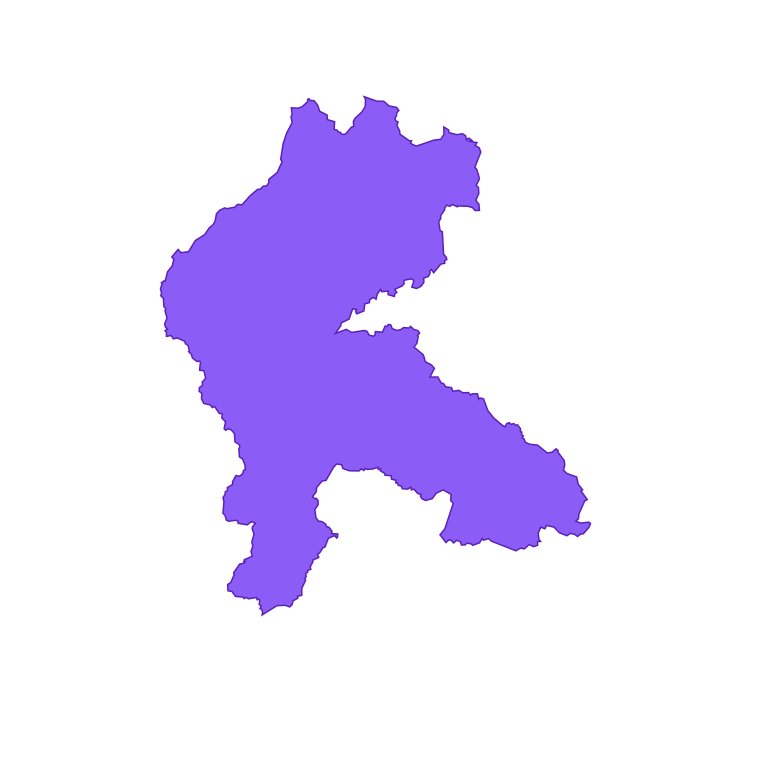 Chimaltitán, Jalisco, Mexico (Albers equal-area conic projection), rotated 204°
{"feature_id": "50627088B46127437383593", "entity_name": "Chimaltitán", "entity_type": "district", "adm_level": 2, "iso_a3": "MEX", "parent_name": "Mexico", "parent_adm1": "Jalisco", "projection": "albers", "projection_center": [-103.699, 21.741], "detail": "fine", "context": "isolated", "style": "filled", "palette": "violet", "viewbox_px": 768, "rotation_deg": 204, "n_neighbors": 0, "source": "geoboundaries", "source_scale": "gbopen_adm2", "svg_char_len": 6159}
<svg xmlns="http://www.w3.org/2000/svg" viewBox="0 0 768 768"><g transform="rotate(204 384 384)"><path d="M141.0,328.2L138.5,336.2L138.6,340.5L140.7,341.1L147.6,337.0L153.0,336.6L151.5,340.0L153.1,344.4L153.1,358.7L151.3,361.1L160.6,366.5L159.5,368.2L165.8,371.4L170.2,377.4L180.4,376.7L184.9,378.2L186.0,383.7L188.3,387.4L197.4,392.5L197.8,394.0L200.5,394.8L202.5,390.3L206.7,387.4L218.9,390.6L226.7,388.2L231.3,388.3L233.7,390.8L235.8,391.1L235.6,393.2L237.3,393.4L238.7,396.2L240.1,395.9L241.0,398.6L245.5,401.0L247.3,399.7L249.2,400.7L251.6,398.7L253.9,399.6L255.9,397.6L256.0,394.1L259.4,394.5L269.8,397.5L278.4,402.0L287.0,410.9L290.7,410.3L291.4,408.7L294.7,413.1L299.3,410.9L300.4,409.2L303.4,410.5L308.5,408.0L313.0,408.7L318.2,405.3L320.8,408.2L326.5,406.5L329.9,408.6L332.0,408.1L337.7,412.3L344.8,409.0L344.3,418.8L348.3,420.7L355.3,421.2L360.0,426.7L371.6,429.9L370.5,434.6L372.0,441.1L373.1,441.8L372.2,445.1L374.8,446.6L378.9,445.9L383.1,447.5L383.8,445.4L389.2,443.4L390.9,440.4L394.2,438.1L399.0,438.0L402.0,440.8L404.3,440.1L404.7,437.8L406.5,437.4L406.5,430.7L413.2,428.4L412.2,425.0L413.0,423.4L417.3,422.6L421.0,425.2L423.6,425.0L434.6,417.9L440.6,418.6L448.9,410.5L447.2,419.6L447.9,422.5L442.3,429.1L443.2,439.8L439.5,441.0L439.3,438.5L437.4,437.0L432.1,442.5L434.1,449.4L430.5,452.3L431.3,455.5L428.8,458.8L425.7,458.2L426.7,463.2L425.6,469.1L423.7,467.4L417.9,470.5L416.6,467.3L410.1,468.2L410.8,470.9L409.6,472.9L412.7,474.9L407.3,480.9L406.4,483.7L407.7,486.0L407.2,487.4L402.2,490.9L400.0,491.1L398.6,489.9L398.0,483.8L393.1,484.5L390.0,488.2L388.9,493.0L390.8,496.9L387.2,500.3L387.0,504.1L388.1,505.7L387.1,507.9L383.9,505.8L380.9,516.6L377.6,519.0L378.8,521.3L377.3,523.1L378.4,525.0L382.4,526.9L392.6,546.8L395.2,547.0L400.0,554.5L399.5,558.0L400.7,560.9L399.4,568.0L400.2,569.4L399.3,573.0L396.2,573.0L394.4,575.8L389.1,575.7L389.0,576.7L379.2,580.6L374.7,581.1L371.4,579.5L367.4,581.4L370.4,586.8L374.8,589.1L374.9,596.6L377.6,601.9L380.6,603.0L380.2,609.4L381.3,611.7L386.5,617.7L389.2,619.1L389.9,635.2L393.1,638.5L397.7,639.0L397.3,642.3L404.6,640.5L402.8,642.4L406.7,643.1L408.0,640.5L410.3,643.9L414.0,644.6L418.9,641.4L426.7,640.1L428.4,642.4L433.9,643.1L430.8,636.6L431.6,630.7L437.6,627.1L451.3,614.4L457.6,614.6L457.8,617.4L459.3,616.4L471.0,618.7L472.9,621.9L477.3,625.3L477.8,629.2L480.2,629.2L482.0,630.9L481.7,634.4L482.7,636.9L481.7,640.0L485.0,641.8L492.6,640.1L499.2,642.2L505.4,639.5L519.0,638.4L516.6,636.4L514.0,629.7L514.9,623.4L518.5,615.0L518.8,611.5L516.5,607.0L518.2,605.5L520.8,596.7L522.1,595.7L525.0,594.9L526.1,596.3L527.9,595.5L530.0,596.8L533.1,596.4L535.8,603.5L543.3,602.5L545.4,606.6L553.7,607.0L558.2,611.9L563.2,614.4L566.4,613.1L568.7,614.0L569.5,612.9L568.6,610.9L571.6,603.9L574.8,601.0L581.0,598.6L577.7,593.2L577.6,590.3L574.2,585.5L575.0,573.8L573.9,562.5L569.7,547.0L567.5,545.8L567.6,533.7L572.5,524.1L571.1,521.2L571.8,517.2L574.7,515.7L576.4,511.5L578.6,510.4L582.9,501.5L586.6,490.0L590.9,488.5L592.1,484.9L598.7,480.4L601.3,480.0L604.9,475.6L606.3,471.4L604.5,464.1L605.1,459.6L607.2,455.5L608.5,447.6L614.7,438.4L616.4,425.3L622.9,421.4L626.8,423.2L629.5,413.8L626.6,412.2L625.5,405.4L627.4,398.4L625.7,388.9L627.1,388.6L628.5,385.8L627.5,385.6L626.9,380.1L624.3,376.7L623.8,373.8L620.4,372.6L616.8,365.5L613.7,363.6L613.9,361.8L609.1,356.1L608.8,349.4L606.5,346.9L604.1,346.2L605.7,343.6L603.9,342.9L602.1,339.0L598.2,341.7L594.8,339.6L591.3,342.0L583.3,341.9L581.8,340.0L578.8,339.7L575.3,335.1L575.7,334.1L572.1,332.8L569.6,329.8L564.0,328.5L561.8,329.9L560.5,329.1L558.1,321.6L553.8,322.8L549.2,316.6L550.9,311.9L549.3,309.1L551.2,305.6L549.9,302.1L546.6,301.4L544.7,296.2L540.7,292.9L534.2,294.2L531.3,292.6L529.5,294.5L522.7,290.2L519.5,290.9L518.4,287.0L513.4,285.0L511.8,278.0L509.7,277.3L508.6,279.3L505.3,280.1L500.5,277.9L496.6,270.5L492.2,269.9L490.2,268.4L490.2,265.6L486.4,258.6L482.6,257.9L478.2,253.6L475.9,249.5L477.1,248.1L476.7,244.4L478.4,241.0L482.0,240.2L482.6,233.2L481.5,230.6L485.0,225.6L483.7,223.3L485.2,220.8L484.2,218.6L484.9,214.8L482.3,211.3L478.6,200.5L475.8,199.3L472.6,195.5L470.2,195.4L463.9,199.3L461.6,199.2L460.6,197.4L451.7,199.7L449.0,204.4L444.8,204.5L446.1,200.0L445.6,198.2L441.7,194.0L440.5,185.9L437.9,182.5L437.4,176.9L434.3,173.1L440.2,166.6L439.8,164.9L438.7,165.4L438.9,163.5L442.6,160.8L444.6,150.4L443.3,148.6L443.3,140.1L445.3,137.3L442.4,131.6L438.6,132.7L433.2,129.5L426.5,131.9L424.4,131.1L423.6,132.8L420.3,132.7L413.9,137.0L412.1,135.3L410.8,136.5L409.5,135.8L408.4,131.9L406.0,131.2L405.9,128.3L404.2,128.5L402.0,125.9L401.4,123.4L391.7,137.9L384.1,141.7L379.4,142.0L378.2,145.2L378.9,148.9L375.6,153.3L376.7,154.9L373.2,157.5L376.0,163.8L375.8,172.9L377.3,174.1L376.7,176.3L378.4,178.9L377.2,181.0L378.0,182.6L375.5,184.9L377.1,187.3L376.6,192.4L377.5,194.0L373.1,199.0L375.6,201.7L374.2,203.2L373.1,209.6L371.6,211.1L372.1,220.3L368.3,224.6L366.8,225.2L364.7,224.0L364.1,224.9L365.3,228.2L371.1,226.0L371.6,228.3L376.0,230.8L378.1,230.2L380.5,232.3L384.6,233.1L388.2,232.1L391.8,234.2L396.1,241.1L395.1,246.9L396.8,250.7L399.2,252.0L400.5,251.1L403.5,251.9L402.1,257.7L403.4,262.2L401.1,270.1L397.8,272.3L396.2,287.6L394.7,291.7L389.8,293.0L387.2,290.1L380.2,290.7L371.5,294.4L370.2,297.3L367.2,296.8L366.9,299.3L365.2,298.9L359.8,301.7L355.6,305.5L354.6,303.7L352.5,305.1L352.1,303.2L347.4,302.7L345.9,301.1L340.2,303.1L338.4,300.1L333.8,300.9L333.1,298.5L331.6,298.9L329.6,297.2L326.8,297.8L324.7,295.8L319.6,297.6L317.6,300.6L315.9,298.4L314.0,300.1L308.7,297.7L305.3,298.1L305.1,296.4L302.8,294.6L298.7,294.5L293.3,298.9L291.8,305.6L286.9,311.3L277.9,310.5L275.6,304.6L272.2,303.1L269.5,276.4L271.5,269.0L262.9,264.4L261.2,268.1L259.2,268.6L255.8,267.1L253.9,270.9L250.0,270.9L247.8,268.4L244.5,270.0L243.3,272.5L239.0,273.4L237.4,272.7L232.1,277.8L231.5,282.8L229.5,281.8L225.7,285.3L221.9,284.1L195.6,285.3L192.7,289.4L188.7,290.5L186.0,296.4L181.3,296.2L178.1,299.1L179.6,302.5L176.9,303.9L179.3,305.1L182.4,310.3L182.6,316.9L178.1,317.2L178.0,320.9L170.5,322.4L163.2,319.4L155.2,319.8L153.0,323.3L148.4,324.2L145.2,323.4L143.3,326.9L141.0,328.2Z" fill="#8b5cf6" stroke="#5b21b6" stroke-width="1.5"/></g></svg>